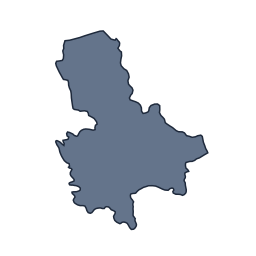 Akciabrski, Gomel, Belarus, rotated 79°
{"feature_id": "67162791B76840313346110", "entity_name": "Akciabrski", "entity_type": "district", "adm_level": 2, "iso_a3": "BLR", "parent_name": "Belarus", "parent_adm1": "Gomel", "projection": "albers", "projection_center": [28.984, 52.671], "detail": "fine", "context": "isolated", "style": "filled", "palette": "slate", "viewbox_px": 256, "rotation_deg": 79, "n_neighbors": 0, "source": "geoboundaries", "source_scale": "gbopen_adm2", "svg_char_len": 3949}
<svg xmlns="http://www.w3.org/2000/svg" viewBox="0 0 256 256"><g transform="rotate(79 128 128)"><path d="M30.3,173.2L32.4,174.3L34.7,175.5L37.7,175.9L39.9,177.3L42.1,177.3L43.9,177.2L47.5,178.2L49.1,179.6L49.1,182.6L48.9,185.4L50.7,186.6L53.3,186.5L56.5,185.7L60.3,184.7L63.3,183.7L65.8,182.9L68.0,182.1L68.8,179.9L69.8,177.9L72.0,177.7L74.6,178.1L77.4,177.9L80.7,177.1L83.5,177.2L87.7,177.8L91.5,178.0L95.7,178.2L98.3,178.2L99.5,177.2L100.3,175.0L101.0,173.2L102.4,171.8L102.6,169.4L102.8,167.4L104.0,164.8L105.8,164.2L108.2,164.2L110.4,161.4L112.2,159.4L116.1,157.6L118.3,157.6L119.1,159.4L121.3,160.4L123.3,160.6L123.5,162.6L122.3,165.2L121.9,166.2L120.9,169.6L120.8,171.8L121.4,174.2L122.6,176.1L124.5,177.7L126.1,178.9L126.3,180.1L125.1,182.1L123.4,183.3L121.2,186.3L120.4,188.1L121.8,189.3L124.2,189.3L125.6,187.9L127.5,188.9L127.7,189.9L127.7,192.5L127.7,194.2L129.1,194.2L131.2,193.6L132.9,194.3L131.1,195.8L128.9,197.4L127.9,198.6L126.8,200.2L126.8,201.0L127.8,201.6L128.8,201.4L130.9,201.0L132.5,200.3L134.5,199.6L136.5,199.5L138.1,199.5L139.5,199.3L142.4,198.7L143.7,198.3L145.4,197.7L147.8,196.8L150.4,194.8L151.8,192.6L154.4,192.7L155.1,193.9L156.0,193.3L156.9,191.6L157.9,190.9L159.2,191.9L160.7,193.1L162.3,193.5L163.9,193.2L165.7,192.2L167.1,191.3L168.4,190.7L169.7,191.1L170.2,193.0L170.4,194.9L170.8,196.1L171.5,196.5L172.7,196.1L173.2,194.7L173.5,193.1L174.2,191.5L174.7,189.9L176.1,187.6L177.9,186.3L179.7,186.7L180.4,188.1L180.7,190.5L180.5,192.1L180.2,194.1L180.3,195.3L181.7,195.2L183.1,194.1L184.5,193.3L185.7,193.2L186.7,194.2L187.7,195.1L188.5,195.5L190.8,195.1L191.9,194.3L193.8,192.2L195.0,189.9L195.6,186.9L196.4,185.2L198.8,184.4L201.3,184.1L203.5,183.2L204.5,181.3L204.2,179.7L203.0,178.2L201.7,176.7L201.0,175.0L200.9,173.0L201.1,170.5L202.2,168.4L202.5,166.7L201.3,165.4L201.1,164.2L201.8,162.1L203.3,161.0L205.1,160.0L205.9,158.7L206.6,157.7L207.9,156.5L209.5,157.0L210.8,158.1L211.9,159.0L213.6,159.1L216.2,158.6L217.4,157.7L218.4,156.9L220.4,154.2L220.0,152.8L219.4,151.8L219.5,150.0L220.3,148.3L221.5,146.9L223.6,146.1L226.2,145.3L228.2,144.1L228.4,142.0L227.9,140.7L226.8,139.5L225.6,138.5L224.1,138.1L222.0,138.5L220.7,138.8L219.4,138.7L218.4,138.2L216.1,139.2L215.2,139.7L213.7,139.5L212.2,139.1L210.9,138.8L209.0,138.6L207.8,138.4L206.2,137.9L205.2,137.9L204.3,137.9L202.7,137.4L201.6,136.6L199.3,137.5L198.1,138.2L196.7,138.7L194.8,138.6L193.4,138.0L193.2,136.9L193.2,135.3L193.4,134.2L193.4,132.9L192.3,131.5L191.6,130.5L190.7,128.9L190.2,127.1L189.2,124.1L189.0,121.9L188.6,118.9L189.3,115.0L190.3,111.9L192.0,109.3L194.4,106.1L195.9,103.7L196.8,100.5L195.5,98.3L195.3,96.3L196.0,95.1L197.6,94.8L198.9,96.1L200.4,96.0L202.1,93.8L202.7,91.1L203.2,89.3L204.5,87.3L204.1,85.5L202.9,83.8L201.8,83.1L199.8,82.6L197.8,82.6L195.1,82.6L192.8,82.3L190.5,83.0L189.1,82.5L187.8,81.3L186.4,80.9L184.8,81.1L183.1,80.8L182.3,78.8L182.2,76.7L181.2,76.9L179.9,77.6L178.6,78.7L177.5,78.8L176.1,78.8L174.0,78.4L172.9,77.6L172.6,73.8L173.0,71.4L172.5,68.7L171.4,66.7L170.9,63.5L168.9,58.2L167.6,54.4L165.9,54.7L162.9,55.7L160.3,56.0L156.4,56.7L153.8,56.7L150.4,56.7L148.9,57.9L148.9,60.6L148.9,61.0L149.5,63.5L149.4,66.8L147.9,69.3L146.7,72.0L143.6,73.5L142.2,75.3L141.3,79.1L139.8,81.2L136.2,84.1L133.9,86.6L131.5,89.0L129.9,90.4L126.3,90.6L124.3,91.7L122.0,93.3L118.9,94.2L116.2,93.3L112.1,92.6L110.1,94.4L109.6,97.3L110.3,101.1L112.1,103.2L115.0,104.3L116.1,105.4L116.6,107.9L116.6,110.4L114.1,111.5L110.7,111.0L108.0,111.5L105.5,113.1L103.7,115.5L102.4,117.8L100.8,120.5L98.8,120.9L96.3,119.1L94.9,117.3L91.8,115.9L89.3,116.4L87.5,117.7L85.2,119.1L81.6,119.1L78.3,117.2L74.9,117.2L71.3,118.3L69.0,120.8L65.6,122.8L62.7,123.0L59.3,121.9L56.0,120.5L52.1,120.0L50.8,121.2L47.8,122.7L45.4,120.7L43.1,120.0L42.0,120.2L40.9,120.9L38.4,122.2L38.0,122.6L39.3,123.9L37.5,127.7L33.2,130.4L28.0,133.8L27.6,137.1L28.3,144.5L29.2,152.6L30.0,158.2L30.7,168.5L30.3,173.2Z" fill="#64748b" stroke="#1e293b" stroke-width="1.5"/></g></svg>